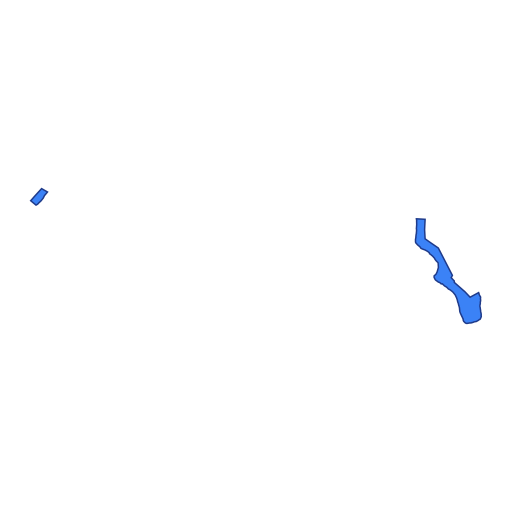 Ha`ano, Tonga (Mercator projection)
{"feature_id": "48082658B34496181007538", "entity_name": "Ha`ano", "entity_type": "district", "adm_level": 2, "iso_a3": "TON", "parent_name": "Tonga", "parent_adm1": "", "projection": "mercator", "projection_center": [-174.291, -19.666], "detail": "fine", "context": "isolated", "style": "filled", "palette": "blue", "viewbox_px": 512, "rotation_deg": 0, "n_neighbors": 0, "source": "geoboundaries", "source_scale": "gbopen_adm2", "svg_char_len": 3107}
<svg xmlns="http://www.w3.org/2000/svg" viewBox="0 0 512 512"><path d="M470.1,297.2L464.5,291.3L464.4,291.3L454.3,282.4L454.3,281.0L451.2,277.7L452.4,275.4L438.3,248.0L429.0,241.6L425.1,238.8L424.6,229.7L425.1,219.3L416.4,218.8L416.5,219.8L416.7,220.4L416.6,221.0L416.7,224.5L416.5,227.3L416.4,228.8L416.6,229.9L416.6,230.4L416.5,230.8L416.5,231.1L416.5,231.4L416.5,231.8L416.4,232.2L416.4,232.8L416.5,233.1L416.4,233.3L416.3,233.7L416.2,233.9L416.1,234.3L416.2,234.6L416.1,235.0L416.0,235.5L415.9,236.3L415.9,236.8L415.9,237.3L415.8,237.7L415.7,238.1L415.7,238.5L415.6,238.9L415.5,239.2L415.5,239.9L415.5,240.4L415.5,240.9L415.5,241.7L415.6,242.4L415.9,243.0L416.4,243.5L416.8,244.0L417.1,244.3L417.5,244.8L419.9,246.8L421.0,248.4L422.4,249.0L425.1,250.0L427.6,251.4L429.3,252.7L429.5,253.7L430.7,254.5L431.5,255.2L432.6,256.1L433.3,256.9L434.1,257.8L434.5,258.2L435.0,259.3L435.9,260.5L436.7,261.4L437.8,262.4L438.1,262.9L438.2,264.1L438.4,267.5L437.7,269.9L437.1,272.0L436.0,274.2L434.1,275.9L434.1,277.4L435.2,279.6L436.0,280.4L436.9,281.0L437.8,281.7L438.4,282.1L439.3,282.4L439.8,282.6L440.2,283.0L440.7,283.4L441.1,283.7L441.2,283.9L441.6,283.9L442.3,283.8L443.8,285.2L444.5,285.9L445.9,286.7L446.9,287.4L448.4,289.0L450.2,289.9L451.6,291.0L452.6,291.8L453.0,292.2L454.7,294.3L455.3,295.1L455.8,296.2L456.4,297.5L456.7,298.0L456.8,298.7L457.2,299.5L457.5,301.0L457.8,302.2L458.2,303.1L458.4,303.9L458.7,305.2L459.1,306.4L459.3,307.3L459.5,307.9L459.5,308.7L459.6,309.4L459.6,309.8L459.7,310.1L459.7,310.4L459.7,310.8L459.8,311.1L459.8,311.5L459.9,311.9L460.0,312.2L460.2,312.6L460.4,313.2L460.5,313.5L460.7,313.8L460.9,314.2L461.0,314.8L461.3,315.0L461.6,315.7L461.7,316.1L461.9,316.5L462.0,316.6L462.2,316.9L462.3,317.3L462.4,317.5L462.5,317.8L462.6,318.0L462.8,318.3L463.0,318.7L463.1,319.0L463.2,319.3L463.2,319.7L463.1,319.9L463.3,320.3L463.4,320.6L463.5,320.9L463.7,321.4L463.9,321.6L464.2,321.8L464.6,322.2L464.8,322.5L465.0,322.7L465.3,322.8L465.6,323.0L465.8,323.2L466.2,323.4L466.6,323.4L466.9,323.4L467.2,323.4L467.5,323.4L468.0,323.2L468.4,323.2L469.0,323.1L469.3,323.0L469.7,322.9L470.1,323.0L470.5,322.9L471.0,322.9L471.6,322.8L472.0,322.5L472.4,322.6L473.4,322.2L474.0,321.9L474.6,321.8L475.0,321.7L475.7,321.6L476.1,321.5L476.6,321.4L477.0,321.1L477.5,320.8L478.1,320.5L478.5,320.2L478.9,319.9L479.3,319.6L479.9,319.4L480.2,319.1L480.5,318.6L480.8,317.7L481.0,317.4L481.2,316.7L481.3,316.1L481.1,315.5L481.2,315.0L481.2,314.3L481.1,313.6L481.0,312.8L480.7,312.2L480.7,311.6L480.6,311.2L480.6,310.8L480.6,310.3L480.5,309.8L480.4,309.4L480.2,307.7L480.0,306.9L479.9,306.3L479.9,305.7L480.0,304.9L480.2,304.2L480.3,303.6L480.3,303.0L480.3,302.3L480.4,301.5L480.6,301.1L480.6,300.3L480.5,299.6L480.6,299.1L480.4,298.7L480.6,297.5L480.5,296.8L480.2,296.3L479.8,295.8L479.2,294.6L479.1,294.4L479.0,294.1L479.0,293.7L479.0,293.3L478.8,293.1L478.7,292.9L478.6,292.6L470.1,297.2ZM34.4,196.5L31.8,199.5L30.7,200.7L36.0,205.1L37.6,204.2L39.1,202.6L40.8,201.1L42.2,199.4L43.3,198.0L44.4,195.7L46.1,193.7L47.5,192.0L41.6,188.6L34.4,196.5Z" fill="#3b82f6" stroke="#1e3a8a" stroke-width="1.5"/></svg>